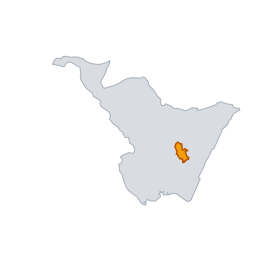 Nyong-et-Mfoumou, Centre, Cameroon (highlighted), rotated 294°
{"feature_id": "32672807B17257894448554", "entity_name": "Nyong-et-Mfoumou", "entity_type": "district", "adm_level": 2, "iso_a3": "CMR", "parent_name": "Cameroon", "parent_adm1": "Centre", "projection": "orthographic", "projection_center": [12.233, 3.83], "detail": "fine", "context": "in_parent", "style": "filled", "palette": "amber", "viewbox_px": 256, "rotation_deg": 294, "n_neighbors": 0, "source": "geoboundaries", "source_scale": "gbopen_adm2", "svg_char_len": 4758}
<svg xmlns="http://www.w3.org/2000/svg" viewBox="0 0 256 256"><g transform="rotate(294 128 128)"><path d="M64.6,171.5L65.1,170.2L68.7,164.1L71.0,154.3L72.1,152.1L73.1,150.5L78.3,145.4L80.3,143.7L83.1,141.8L85.1,138.0L85.8,137.6L86.7,137.3L91.2,134.1L91.6,134.7L91.9,135.5L92.2,135.9L93.7,136.1L95.6,136.1L96.8,135.9L97.4,135.2L98.0,133.4L98.4,133.1L98.9,133.0L101.0,134.3L104.6,137.8L105.5,138.4L105.9,139.1L106.7,142.3L107.1,143.1L107.9,143.5L109.3,143.3L110.8,142.7L112.0,141.9L113.3,140.8L114.2,139.8L114.5,139.1L114.7,136.5L115.0,135.9L119.7,132.1L119.6,131.8L118.8,130.7L118.1,129.5L118.8,128.3L119.5,127.4L122.2,124.3L122.4,121.9L124.6,118.4L125.8,113.6L125.8,112.7L128.7,107.5L131.6,107.0L132.8,106.3L134.1,105.0L134.9,103.8L135.3,102.6L135.6,100.4L136.1,97.9L136.4,95.7L137.3,93.7L138.8,92.6L141.4,91.8L141.8,91.4L142.1,90.0L142.5,85.5L142.9,83.5L145.3,81.3L146.3,77.7L147.2,74.0L149.9,69.6L153.0,65.2L154.5,64.0L155.7,63.4L157.2,63.4L158.1,63.0L161.5,60.8L162.9,60.1L163.9,59.3L164.2,58.6L164.3,57.7L163.9,55.4L164.5,53.7L164.8,51.1L165.0,49.1L164.8,48.4L164.2,47.2L163.2,46.0L161.5,45.2L159.1,45.0L157.9,44.6L157.4,42.2L157.3,40.8L155.6,33.1L158.6,33.1L162.1,34.0L163.0,34.7L163.5,37.3L164.8,38.8L167.1,40.0L168.5,42.6L169.1,46.4L170.3,48.7L170.6,49.1L172.4,53.4L172.5,55.4L172.4,56.8L173.1,58.5L172.1,61.3L171.8,63.1L171.7,65.6L172.4,69.9L173.4,73.3L174.6,76.0L175.9,78.1L177.9,80.4L180.1,82.5L182.1,83.9L180.3,84.7L176.6,84.8L174.6,84.3L173.6,84.3L172.6,84.6L168.7,85.0L164.8,84.8L161.1,84.3L158.9,84.4L157.2,85.7L155.9,87.7L154.6,89.2L155.0,90.9L156.0,91.9L157.9,93.9L159.6,96.0L160.5,97.3L163.9,100.3L167.1,102.9L168.7,103.8L169.2,104.0L171.0,105.6L173.5,108.0L175.8,111.9L179.0,119.8L179.7,120.4L180.7,120.8L180.9,121.7L180.8,122.9L180.5,123.9L178.0,128.0L175.8,129.6L175.1,130.6L174.3,132.9L172.3,137.6L171.5,138.3L169.5,141.4L167.9,145.4L167.5,146.1L166.8,146.6L164.5,147.5L163.7,148.0L162.5,149.3L162.4,150.1L162.9,151.2L163.6,152.1L164.8,152.1L165.5,153.0L165.5,159.2L164.9,160.1L165.0,160.5L164.7,161.6L164.6,162.8L164.8,163.2L165.3,163.6L165.9,164.4L166.3,166.3L167.1,173.0L167.5,174.1L168.1,174.8L170.2,176.3L172.3,178.1L173.0,179.4L173.4,181.4L174.2,183.0L174.2,183.5L173.9,183.7L172.5,183.9L173.0,185.0L174.1,187.0L179.6,193.2L184.9,198.7L186.2,199.1L187.1,199.2L187.5,199.5L188.0,200.3L189.7,202.3L190.1,203.5L189.7,204.6L190.1,206.3L190.4,206.9L190.3,207.5L190.5,209.6L191.0,211.4L191.8,213.0L191.7,214.1L190.6,214.7L190.1,215.7L189.9,217.1L190.2,218.9L191.0,220.9L191.0,222.1L189.7,222.9L188.3,221.5L186.8,220.6L184.4,218.9L182.1,218.4L179.0,218.3L177.7,218.5L175.4,217.1L174.7,217.0L173.7,217.5L173.0,217.5L172.2,217.3L170.4,217.4L170.3,216.4L170.0,216.2L168.1,216.3L167.5,215.5L167.3,215.6L166.5,215.4L165.0,214.3L163.4,215.0L160.1,214.9L143.6,214.9L143.2,213.9L142.3,213.3L140.8,213.3L136.4,213.5L133.1,213.3L130.8,212.9L128.0,212.7L124.5,212.9L120.9,212.9L114.6,212.6L111.1,212.6L111.1,213.3L110.9,213.7L110.7,214.8L88.2,214.8L86.4,214.0L85.8,213.5L85.7,212.6L85.2,212.5L85.6,208.6L86.4,205.3L86.7,202.3L87.7,199.6L87.2,196.9L86.5,195.7L83.1,191.9L84.7,190.4L82.6,190.6L82.2,189.2L81.2,187.5L81.8,187.2L82.4,186.3L84.3,186.6L84.2,186.2L82.6,184.7L82.8,184.0L83.4,183.2L83.1,182.9L82.0,183.7L81.1,183.7L80.5,183.1L80.0,183.0L80.3,184.1L79.6,185.1L79.0,185.4L78.0,185.4L77.1,185.1L76.9,184.6L76.1,184.2L73.9,183.4L72.0,182.6L71.6,180.3L70.8,179.3L70.5,178.1L70.4,176.8L70.6,174.8L70.2,174.5L69.6,174.4L68.8,174.5L68.0,174.4L67.1,173.3L66.4,172.9L66.8,174.9L66.3,175.5L64.9,175.3L64.3,174.5L64.2,174.0L64.9,171.5L64.6,171.5Z" fill="#d9dde1" stroke="#a8b0b8" stroke-width="1"/><path d="M123.8,183.0L124.0,183.7L123.4,184.6L122.8,185.1L122.7,185.3L122.5,185.5L122.0,186.4L121.8,187.0L121.3,187.8L120.9,188.1L121.3,188.6L121.5,189.0L121.9,189.4L121.9,189.7L121.6,190.1L121.2,190.2L121.2,190.6L121.1,191.1L121.0,191.4L120.7,191.8L120.6,192.0L120.4,192.0L120.4,191.9L120.4,191.6L120.2,191.5L119.7,191.5L119.2,191.7L119.0,192.1L119.0,192.4L119.0,192.6L119.7,192.7L120.0,193.4L120.4,193.3L120.7,193.6L121.0,193.8L121.3,193.6L121.6,193.7L121.9,194.1L122.3,194.3L124.1,195.0L124.2,195.3L124.0,195.6L124.0,195.9L124.5,195.8L124.8,195.5L125.4,195.6L125.8,195.3L125.9,194.6L126.3,193.0L127.1,192.2L128.5,191.1L129.2,190.5L129.6,189.8L129.9,189.7L130.3,189.8L130.8,190.7L131.0,191.2L131.5,191.6L132.0,190.4L132.1,189.5L132.0,188.9L132.1,188.4L131.4,188.0L130.6,187.5L130.2,186.7L130.3,186.2L130.8,186.0L131.3,185.6L132.0,185.4L132.9,185.2L134.1,184.0L135.1,183.6L135.2,183.2L135.1,182.8L134.7,182.4L135.1,180.9L135.3,179.3L135.2,179.0L133.5,178.6L133.0,178.2L130.7,178.4L129.8,178.7L129.7,178.8L129.0,179.6L128.6,180.0L126.6,182.1L125.7,182.4L125.0,182.6L124.5,183.0L123.8,183.0Z" fill="#f59e0b" stroke="#b45309" stroke-width="1.5"/></g></svg>